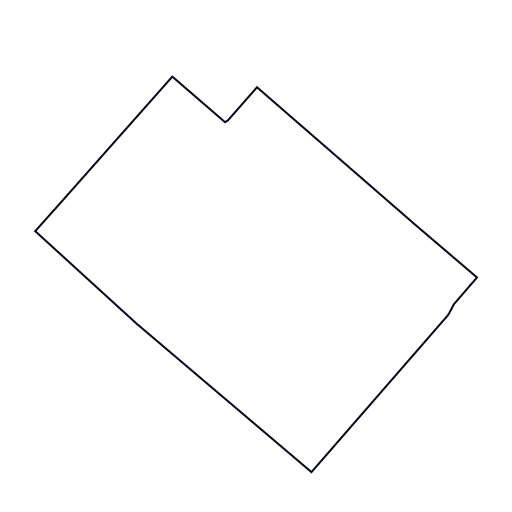 the district of Monroe, Missouri, United States of America, rotated 40°
{"feature_id": "52423323B99370817960855", "entity_name": "Monroe", "entity_type": "district", "adm_level": 2, "iso_a3": "USA", "parent_name": "United States of America", "parent_adm1": "Missouri", "projection": "mercator", "projection_center": [-92.062, 39.501], "detail": "fine", "context": "isolated", "style": "outline", "palette": "ink", "viewbox_px": 512, "rotation_deg": 40, "n_neighbors": 0, "source": "geoboundaries", "source_scale": "gbopen_adm2", "svg_char_len": 328}
<svg xmlns="http://www.w3.org/2000/svg" viewBox="0 0 512 512"><g transform="rotate(40 256 256)"><path d="M77.5,172.4L76.6,172.4L72.0,343.5L70.9,378.9L208.1,384.6L437.4,385.9L441.1,177.4L438.6,165.7L439.1,130.4L357.7,129.7L148.3,126.1L147.3,170.2L146.3,173.4L77.5,172.4Z" fill="none" stroke="#020617" stroke-width="2"/></g></svg>